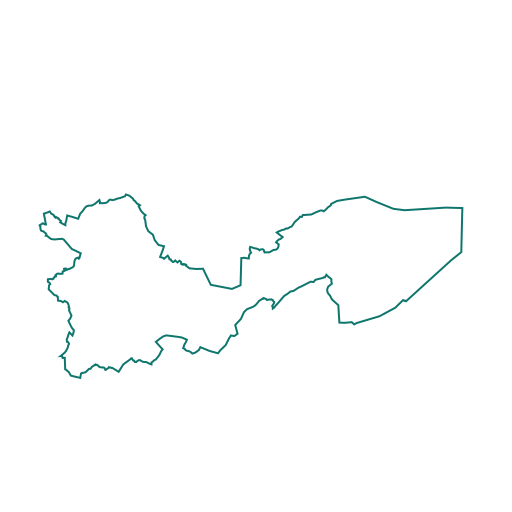 the district of Idemili South, Anambra, Nigeria, rotated 168°
{"feature_id": "59680162B38736391522213", "entity_name": "Idemili South", "entity_type": "district", "adm_level": 2, "iso_a3": "NGA", "parent_name": "Nigeria", "parent_adm1": "Anambra", "projection": "orthographic", "projection_center": [6.922, 6.058], "detail": "fine", "context": "isolated", "style": "outline", "palette": "teal", "viewbox_px": 512, "rotation_deg": 168, "n_neighbors": 0, "source": "geoboundaries", "source_scale": "gbopen_adm2", "svg_char_len": 6150}
<svg xmlns="http://www.w3.org/2000/svg" viewBox="0 0 512 512"><g transform="rotate(168 256 256)"><path d="M457.4,319.6L456.8,319.4L456.0,318.9L454.1,316.5L452.8,315.2L449.8,314.1L445.6,313.6L442.0,313.1L440.5,311.9L439.4,309.8L434.7,301.1L432.6,299.6L426.9,295.1L429.3,290.5L429.8,290.2L430.4,291.4L431.0,291.3L433.0,291.0L434.7,288.6L436.0,284.4L436.5,283.8L438.0,283.0L441.3,282.1L442.1,282.4L443.0,281.9L444.4,281.7L444.3,282.9L444.7,283.4L446.4,283.4L446.5,281.3L448.3,281.0L448.9,279.0L450.5,279.1L451.6,279.3L452.5,279.8L454.1,280.0L456.1,279.0L456.1,278.7L455.7,278.0L456.1,277.5L456.9,277.7L457.0,277.7L458.8,276.4L458.8,275.9L460.1,275.5L461.5,276.3L462.1,276.3L463.1,276.4L464.4,276.5L464.9,274.4L464.9,274.0L464.2,273.3L463.7,273.1L463.1,271.3L463.9,270.9L464.6,270.1L465.7,266.5L461.3,259.7L459.2,258.7L458.9,257.7L458.4,257.3L458.9,253.5L457.9,253.1L456.7,252.7L455.5,252.0L454.4,250.9L453.6,251.2L452.5,251.8L450.7,250.3L449.8,248.9L449.6,247.5L449.5,246.4L449.5,245.3L450.0,244.6L449.4,243.7L449.4,243.1L450.2,242.0L448.9,236.1L450.6,233.6L453.0,231.6L451.6,225.9L451.0,223.9L450.5,222.9L449.6,221.4L450.5,218.8L452.1,216.4L454.4,220.1L455.7,218.3L457.2,215.6L457.9,214.6L458.6,213.3L458.7,211.4L458.1,211.3L457.6,210.7L457.1,208.9L457.7,208.3L458.1,207.8L459.3,205.4L460.4,204.0L462.0,202.2L462.9,201.5L464.7,200.4L467.8,198.8L466.9,198.7L466.6,198.6L466.5,197.6L466.3,197.5L466.3,196.4L464.2,196.2L466.2,184.8L465.3,184.1L463.9,182.2L463.1,181.0L462.0,177.5L453.3,173.3L451.6,177.4L450.8,177.7L446.9,177.7L442.8,180.3L441.3,180.1L439.7,181.6L435.8,183.2L435.7,182.7L434.3,182.7L433.4,181.8L432.3,180.1L430.3,179.1L429.1,178.9L428.7,178.8L428.2,178.5L427.5,178.0L427.0,175.9L426.3,176.0L425.0,176.6L423.6,177.2L423.0,177.8L422.7,177.3L422.2,177.3L421.5,177.2L420.8,176.6L420.3,176.7L419.8,176.4L414.4,171.3L408.4,177.5L399.8,181.4L399.6,181.7L399.0,181.9L398.7,181.8L398.5,181.3L398.2,180.1L397.9,179.5L396.9,178.9L397.0,178.6L396.8,177.8L396.1,177.4L395.4,177.1L393.4,178.2L392.8,178.4L392.5,178.4L390.9,178.2L390.7,177.9L390.2,177.3L388.7,176.1L387.2,175.5L385.9,175.2L385.0,174.8L382.4,172.7L380.8,171.7L380.3,173.6L379.0,174.1L377.4,175.1L375.3,175.7L373.9,176.9L371.1,179.3L369.0,182.0L368.9,182.2L368.8,182.4L366.7,184.1L368.3,186.7L371.8,192.8L367.0,195.2L363.6,196.6L360.3,197.0L355.3,195.3L348.5,192.9L345.5,191.7L341.0,188.5L342.5,186.3L344.6,184.1L346.4,180.9L345.0,180.0L344.5,178.6L343.3,177.7L340.9,176.6L339.6,175.3L338.6,173.8L335.5,174.1L331.4,175.9L329.4,178.4L320.9,172.6L313.4,168.8L310.4,171.3L304.1,175.2L299.4,181.2L297.9,182.5L297.2,183.5L293.8,182.2L290.2,183.8L290.7,192.8L283.8,197.6L279.5,203.5L277.2,205.0L275.6,205.9L272.1,206.4L268.1,207.3L265.4,208.9L262.4,211.4L257.6,213.2L257.5,212.8L256.8,213.0L254.8,211.6L254.7,210.9L253.4,210.6L251.9,210.7L250.5,210.2L249.9,210.4L249.5,210.0L248.7,209.3L248.6,208.4L247.7,207.2L247.9,206.6L248.7,205.6L250.6,203.7L250.2,202.8L250.5,201.1L249.1,201.7L246.9,203.5L244.6,205.1L236.7,211.1L233.1,212.4L229.7,214.1L226.7,214.0L220.7,216.3L217.5,216.9L213.3,218.1L207.9,219.5L205.1,218.6L202.9,220.3L200.4,220.5L195.2,220.6L194.0,221.1L193.1,220.8L191.1,223.0L189.5,220.6L187.1,217.8L187.6,215.1L187.6,213.1L189.0,212.4L191.8,211.0L193.4,208.4L193.6,205.7L193.0,203.9L191.8,201.8L191.1,199.1L190.8,197.8L185.7,190.8L188.3,173.5L183.2,172.2L176.2,171.4L174.1,168.7L171.5,169.5L147.8,171.4L130.6,176.4L121.3,182.3L120.3,181.3L119.7,181.5L118.7,180.5L66.1,211.2L54.4,217.1L44.2,260.0L60.4,263.9L101.2,269.9L111.8,273.6L126.5,283.5L137.1,291.3L157.6,292.7L165.3,293.0L171.7,291.3L172.4,289.9L173.7,289.4L175.6,288.6L177.7,287.1L180.4,285.6L181.9,286.8L183.8,287.1L188.2,286.3L193.3,285.1L201.8,286.3L203.0,284.7L204.9,285.3L206.2,283.9L210.8,281.4L214.9,277.5L216.6,277.2L219.6,276.3L220.9,276.7L221.6,276.4L223.1,276.0L225.0,276.0L227.7,275.5L229.0,275.3L230.8,274.7L228.1,271.4L226.0,269.0L227.4,268.2L228.3,267.7L229.4,267.4L230.3,267.4L232.3,266.2L232.7,266.0L233.5,265.1L232.8,264.5L231.4,262.7L232.0,260.8L232.4,260.0L233.1,259.2L233.8,258.6L234.7,258.1L236.0,258.1L237.6,258.3L239.8,257.6L241.4,257.0L242.2,256.9L244.1,257.2L246.4,257.7L246.9,257.7L247.2,260.4L248.0,261.2L249.2,261.4L250.2,261.4L251.1,261.1L251.4,260.9L252.5,262.3L253.9,263.1L256.3,264.1L257.9,265.1L259.8,266.1L260.6,264.5L260.7,262.4L260.1,260.3L261.5,259.5L262.9,257.6L263.5,255.1L264.8,255.4L267.8,256.7L270.8,257.0L277.2,230.6L286.3,228.8L306.2,237.2L310.5,254.6L313.3,255.0L317.7,255.9L323.7,257.8L326.5,261.1L326.1,262.0L327.7,262.9L327.9,262.6L328.5,263.1L329.1,262.7L329.6,263.2L329.9,263.0L330.6,263.5L330.9,263.9L330.7,264.6L330.5,265.3L330.7,266.0L331.9,267.3L334.1,266.0L335.3,267.5L335.9,268.4L337.7,267.4L338.6,267.4L339.4,268.7L339.9,269.1L339.9,270.1L340.1,270.4L340.7,270.5L341.3,270.7L341.4,271.9L341.7,273.5L342.3,274.7L346.5,272.4L346.8,273.1L350.0,275.0L345.8,281.4L344.0,284.7L349.1,287.1L351.8,292.7L352.4,298.2L356.2,302.7L357.4,307.9L356.9,314.3L357.4,316.4L356.7,318.2L355.5,318.9L357.0,320.6L358.4,322.8L359.3,324.6L360.4,329.1L359.0,329.8L360.2,331.0L361.1,331.5L362.1,333.3L362.5,333.8L362.7,334.6L363.4,335.4L364.2,336.3L364.4,337.7L365.6,339.1L366.6,340.5L367.5,341.4L368.7,342.2L370.5,343.2L371.7,341.7L376.6,341.0L380.8,340.9L382.1,340.5L384.8,340.5L386.9,341.5L387.6,341.4L388.6,340.8L390.0,339.7L391.2,339.3L392.7,339.2L393.6,339.3L394.4,339.4L396.7,340.0L397.7,340.1L397.4,341.8L397.5,343.3L402.5,340.6L406.0,339.5L409.1,340.0L411.3,339.9L413.2,338.8L416.1,336.1L419.2,333.9L422.2,329.4L428.0,332.7L429.7,333.5L432.2,334.9L433.7,331.4L434.4,329.5L435.4,328.2L435.9,326.6L436.1,325.8L438.8,328.0L439.7,329.1L440.5,329.6L439.5,330.7L440.6,332.1L441.0,332.8L441.1,333.3L442.0,333.9L441.8,334.3L443.1,335.3L443.6,335.8L444.1,335.2L444.5,335.6L445.3,337.3L445.3,338.0L446.5,339.2L447.5,340.0L448.5,342.5L449.8,342.1L454.7,341.5L454.9,332.4L454.9,330.5L455.5,330.6L456.3,331.1L457.4,332.2L457.9,332.3L459.2,331.7L459.5,331.5L460.3,331.5L461.3,331.0L460.8,329.4L461.1,328.1L461.2,326.9L461.0,325.8L460.6,325.1L459.7,324.7L458.9,324.4L458.1,323.2L456.9,321.8L456.6,321.2L456.5,320.7L457.0,320.1L457.4,319.6Z" fill="none" stroke="#0f766e" stroke-width="2"/></g></svg>